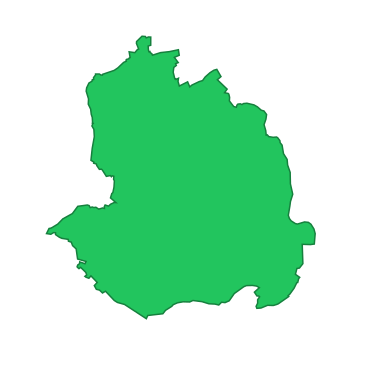 Navan Lea-7, Meath, Ireland (orthographic projection), rotated 288°
{"feature_id": "5873133B99485387457029", "entity_name": "Navan Lea-7", "entity_type": "district", "adm_level": 2, "iso_a3": "IRL", "parent_name": "Ireland", "parent_adm1": "Meath", "projection": "orthographic", "projection_center": [-6.698, 53.64], "detail": "fine", "context": "isolated", "style": "filled", "palette": "green", "viewbox_px": 384, "rotation_deg": 288, "n_neighbors": 0, "source": "geoboundaries", "source_scale": "gbopen_adm2", "svg_char_len": 3166}
<svg xmlns="http://www.w3.org/2000/svg" viewBox="0 0 384 384"><g transform="rotate(288 192 192)"><path d="M325.5,99.6L324.7,96.3L318.0,92.8L316.2,93.2L311.5,97.1L310.5,96.0L306.9,94.6L305.9,88.9L300.7,91.6L300.1,90.9L299.1,90.7L297.9,88.8L297.1,88.5L296.1,89.1L294.1,86.9L287.1,83.1L283.6,80.4L276.3,70.6L275.5,70.7L275.1,69.2L275.6,67.4L274.4,63.8L273.5,64.1L270.4,63.0L268.6,63.7L268.0,62.5L266.4,62.6L263.8,60.3L258.5,59.6L255.2,60.2L248.6,64.8L243.5,66.2L239.5,70.0L234.7,72.2L232.1,74.1L227.5,75.9L226.8,76.7L226.5,76.0L225.2,76.6L223.9,76.4L221.3,79.3L214.4,82.0L202.8,83.6L190.9,86.1L190.1,89.5L189.0,89.6L189.1,92.4L187.7,93.3L184.9,96.9L185.7,98.8L185.3,99.8L180.4,105.7L182.4,109.3L181.6,110.6L182.7,111.1L182.8,112.8L179.8,113.5L178.7,114.7L172.5,116.3L167.0,116.9L165.7,116.2L161.2,116.3L158.4,122.9L158.0,121.3L155.2,118.3L152.8,117.0L152.8,113.4L151.1,113.1L149.3,113.8L149.2,111.9L146.9,108.6L147.8,105.3L146.9,103.5L146.9,101.7L145.7,100.0L147.3,98.4L147.3,96.5L143.1,87.8L134.5,84.9L126.6,77.5L119.9,74.2L114.2,69.2L113.1,67.3L107.5,66.5L108.2,70.8L110.6,72.9L111.1,74.8L109.3,75.4L108.0,79.8L107.7,82.5L108.7,88.9L107.0,89.7L107.0,92.7L104.1,95.0L102.1,99.4L92.9,103.9L93.2,112.7L90.7,112.4L90.8,106.8L89.1,107.2L87.3,105.9L85.5,105.8L85.0,106.2L84.2,108.2L85.9,109.4L82.7,115.9L80.5,117.5L78.7,116.2L78.2,117.5L78.1,120.6L81.0,121.8L76.7,129.8L72.8,128.0L69.9,131.1L70.1,134.4L68.3,138.1L70.9,140.4L64.8,151.6L63.9,155.2L64.2,162.6L57.4,187.7L60.9,188.1L67.2,201.9L71.3,203.4L77.0,208.1L79.1,209.0L82.1,212.4L84.8,217.4L86.7,223.8L89.1,226.4L90.8,235.4L90.9,242.6L92.5,248.5L92.8,252.4L96.3,254.2L97.0,257.6L100.0,261.0L108.5,263.6L117.9,270.5L119.8,272.7L121.8,278.3L122.5,282.5L121.8,285.6L116.0,282.3L113.2,285.9L113.7,287.7L113.2,288.7L109.8,287.7L106.5,288.8L103.1,288.3L101.4,289.6L103.0,293.5L107.6,298.9L109.2,304.4L111.0,307.0L112.3,308.6L122.5,316.3L123.1,315.4L125.1,316.6L132.0,318.8L138.2,319.7L138.6,320.5L142.5,320.2L144.1,320.8L145.7,315.8L151.7,315.4L152.9,317.7L158.1,319.6L176.3,313.0L178.6,320.9L180.3,324.4L190.5,322.0L194.5,319.4L198.1,315.1L199.1,312.1L198.3,308.3L194.1,302.2L193.9,300.1L195.2,295.2L196.9,292.8L199.6,290.8L209.0,289.4L213.3,288.6L221.0,288.5L230.1,283.1L241.0,279.3L247.2,274.6L252.4,272.4L256.7,267.2L264.4,263.2L266.2,260.5L267.9,259.8L270.1,256.7L270.4,255.4L269.1,252.3L268.4,247.9L269.6,246.0L269.0,245.0L273.3,243.1L278.3,239.7L284.1,239.8L288.7,239.0L291.3,235.4L291.2,232.6L293.2,227.9L294.0,224.0L293.4,216.8L292.0,213.6L290.6,212.5L290.8,210.8L289.8,208.5L288.5,207.9L286.3,208.0L286.2,205.2L290.2,199.4L293.7,198.5L296.4,196.8L296.9,196.0L296.5,192.3L300.7,193.6L306.6,181.4L310.7,183.9L316.3,177.7L314.6,175.2L311.1,172.3L305.5,169.0L301.2,167.6L299.3,164.8L293.6,158.8L291.3,157.4L295.4,153.8L288.9,147.2L292.9,144.5L296.0,144.0L294.1,142.0L294.7,141.5L294.3,140.7L300.1,137.1L304.9,136.2L307.5,138.0L309.0,136.7L310.8,138.9L314.6,133.6L318.1,137.6L323.1,135.1L318.5,127.1L314.9,119.1L309.9,112.1L311.1,111.1L311.8,108.9L312.6,108.6L312.1,107.6L314.0,106.5L317.3,105.2L318.8,107.4L326.6,104.9L326.0,102.7L324.4,100.8L325.5,99.6Z" fill="#22c55e" stroke="#15803d" stroke-width="1.5"/></g></svg>